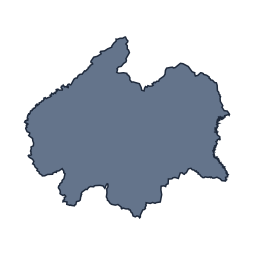 the district of La Convencion, Cusco, Peru, rotated 83°
{"feature_id": "86281439B48996208982152", "entity_name": "La Convencion", "entity_type": "district", "adm_level": 2, "iso_a3": "PER", "parent_name": "Peru", "parent_adm1": "Cusco", "projection": "mercator", "projection_center": [-72.836, -12.335], "detail": "fine", "context": "isolated", "style": "filled", "palette": "slate", "viewbox_px": 256, "rotation_deg": 83, "n_neighbors": 0, "source": "geoboundaries", "source_scale": "gbopen_adm2", "svg_char_len": 5788}
<svg xmlns="http://www.w3.org/2000/svg" viewBox="0 0 256 256"><g transform="rotate(83 128 128)"><path d="M145.0,229.6L147.4,226.5L149.6,225.5L152.0,227.0L152.8,225.7L155.7,224.8L157.7,222.8L159.1,223.6L160.9,221.5L162.3,221.6L164.1,219.3L165.1,218.9L165.3,216.4L164.3,213.5L164.7,208.5L163.5,207.9L162.9,205.9L163.3,204.5L162.2,204.3L162.1,201.8L160.3,198.3L163.0,197.0L164.6,197.2L165.7,196.1L170.5,197.8L172.0,199.8L173.8,200.2L174.9,202.3L176.5,202.8L177.2,203.9L178.9,204.4L181.2,203.2L183.3,202.9L184.6,203.5L185.1,203.3L187.0,200.9L186.6,199.2L188.1,198.1L188.8,198.4L189.1,199.7L191.3,199.8L191.9,201.2L193.3,201.6L193.2,200.0L194.0,197.6L196.3,198.1L197.7,195.0L197.4,194.2L198.0,193.5L198.7,190.7L197.7,190.0L197.6,189.1L194.8,188.1L194.5,185.5L193.7,184.2L190.0,183.2L189.7,182.7L188.9,182.9L188.2,182.1L187.5,182.5L186.0,181.5L183.7,177.4L184.1,176.1L182.2,174.3L181.5,172.5L182.2,169.2L181.3,168.5L181.2,167.3L181.5,162.8L182.4,159.9L185.1,158.3L182.4,156.9L180.8,155.5L181.2,154.8L183.9,155.0L185.8,156.5L189.9,156.8L193.8,157.9L195.7,157.1L197.3,157.2L197.8,156.3L200.3,155.1L201.7,153.7L203.0,150.0L202.7,147.3L205.7,144.3L206.7,144.5L207.5,144.0L206.8,142.7L208.0,140.1L208.4,137.2L209.4,136.9L209.6,135.8L212.2,135.1L213.0,134.1L215.9,133.7L217.1,131.6L216.4,130.0L216.7,128.9L217.2,128.1L218.6,127.4L217.9,126.6L215.8,126.3L211.2,123.4L210.8,121.5L209.9,120.5L208.8,120.7L207.1,119.4L206.0,119.7L205.2,118.9L204.4,119.0L205.6,115.0L204.9,112.7L206.0,110.3L205.5,108.9L205.4,105.0L198.3,102.7L193.3,102.9L189.8,102.2L189.8,99.3L190.7,97.8L188.7,96.9L188.3,95.0L183.5,94.1L183.8,91.6L183.7,90.4L182.9,89.6L182.8,87.4L184.2,84.2L179.0,81.6L179.0,79.7L180.4,78.6L180.8,77.7L179.8,76.8L179.5,75.6L175.9,73.0L175.7,70.4L177.3,69.3L177.7,67.7L179.3,66.4L179.0,65.5L180.1,65.2L180.8,63.7L182.1,64.1L182.8,62.5L184.5,61.6L186.4,59.7L186.5,58.4L185.9,57.4L186.8,54.6L186.6,53.0L187.3,52.2L186.7,51.5L188.0,50.2L188.2,48.7L187.7,45.7L189.7,42.7L191.7,41.3L192.5,37.8L191.7,37.7L191.6,36.6L190.9,36.3L190.5,37.0L188.9,37.2L188.5,35.1L187.6,35.2L186.4,34.2L185.7,35.6L185.0,35.9L185.0,35.1L183.7,35.2L183.6,35.8L182.7,35.7L181.6,36.7L179.8,36.7L179.3,37.9L178.8,37.4L178.5,38.1L178.2,37.5L177.9,38.8L177.1,38.3L176.1,38.6L175.9,39.8L175.0,39.6L174.5,40.4L173.7,40.1L173.8,41.4L173.1,41.2L172.4,41.8L172.0,41.4L171.6,42.0L170.9,41.6L170.4,42.1L170.8,42.5L169.9,43.1L169.4,42.2L168.9,42.7L169.5,43.0L169.2,43.5L168.7,43.3L168.4,43.7L168.6,44.6L168.2,45.0L167.7,44.3L167.8,45.5L167.1,45.5L167.0,46.3L166.2,46.2L166.3,44.9L166.0,45.9L164.9,46.0L165.1,47.1L164.5,45.6L162.0,46.2L162.1,45.5L160.9,46.4L160.6,46.0L161.2,45.6L160.3,44.4L159.6,46.3L159.7,45.3L158.2,45.0L158.8,44.3L158.3,43.9L157.5,44.1L157.3,43.2L156.3,43.9L155.9,42.5L154.7,42.2L154.5,41.4L152.1,42.3L151.6,40.9L150.6,40.8L150.1,39.0L150.8,38.3L150.3,37.9L149.8,38.2L149.9,39.2L149.4,38.2L148.0,37.9L145.8,40.1L144.0,40.5L143.0,41.3L143.5,39.8L142.8,39.5L142.6,41.4L142.1,40.6L141.3,40.9L141.1,40.4L140.5,40.9L140.5,41.7L138.8,41.5L139.5,40.4L138.6,40.3L138.6,39.4L137.8,39.5L137.3,38.6L135.7,39.4L135.8,38.6L134.8,38.7L134.5,37.5L134.1,38.9L131.9,37.6L131.3,38.0L131.8,38.6L130.7,38.2L130.6,37.6L131.8,36.7L131.5,36.1L129.7,37.2L129.2,36.4L128.1,36.8L127.9,36.3L129.1,35.8L128.3,34.9L129.7,34.5L130.0,35.7L130.7,34.3L128.7,34.0L128.9,33.0L130.5,32.8L129.6,31.4L128.6,31.1L128.7,30.3L127.6,30.5L126.9,26.7L127.7,26.1L126.8,25.6L123.3,27.4L122.5,30.4L118.9,32.2L117.4,31.2L113.0,33.1L109.7,33.0L108.1,32.3L107.5,33.0L106.4,32.7L105.7,33.5L103.6,33.6L101.9,34.7L96.5,34.3L93.9,34.8L93.4,36.5L91.0,38.2L90.3,40.1L89.0,40.5L88.4,41.4L87.3,41.2L85.2,43.6L84.0,46.5L83.1,46.7L82.3,48.0L82.0,49.2L84.3,52.3L84.6,54.8L82.3,55.3L81.3,55.0L80.0,57.5L74.3,60.7L70.9,65.6L70.2,68.1L73.8,73.8L73.9,75.7L73.1,76.3L73.0,78.1L73.3,82.4L75.3,83.8L79.2,84.7L81.0,86.2L83.5,90.9L85.4,91.9L85.1,93.7L86.4,95.6L85.8,96.2L85.9,97.0L86.8,97.6L87.2,98.7L88.6,97.8L89.3,99.2L89.2,101.4L88.4,103.1L89.9,104.2L89.0,105.5L90.5,106.7L93.1,107.5L92.2,109.8L89.4,110.0L85.4,111.3L82.9,117.3L82.9,118.8L80.4,120.3L78.3,120.0L75.9,121.0L74.9,122.3L73.6,122.5L72.6,125.8L72.5,130.6L71.4,132.4L68.8,131.3L68.0,131.8L66.2,130.0L66.0,127.2L63.4,124.5L62.1,121.9L60.5,121.3L59.0,121.6L53.4,117.4L50.7,118.0L49.6,119.1L46.1,118.7L44.4,119.9L42.4,117.7L41.2,117.6L40.2,118.6L37.4,119.4L37.4,120.3L38.3,122.4L38.0,125.1L38.7,127.9L38.3,129.0L40.3,129.2L42.1,131.8L44.6,134.0L45.8,134.3L47.0,138.6L48.6,141.8L48.6,145.8L49.5,146.4L50.5,145.6L51.3,145.9L53.1,149.8L53.5,153.4L57.3,156.7L58.5,156.7L59.2,155.5L60.2,155.3L61.3,158.0L62.5,158.5L63.0,160.0L63.9,160.0L66.3,163.2L66.0,164.2L69.0,167.0L68.9,169.1L69.9,171.0L72.2,172.4L72.1,174.1L72.9,175.6L78.1,179.3L78.2,180.0L77.2,181.1L77.5,182.3L78.4,182.9L79.8,182.2L80.6,182.4L80.1,183.6L79.3,184.1L79.5,185.9L77.5,187.1L78.3,187.7L78.4,188.9L79.8,189.5L81.3,188.4L82.3,188.6L82.1,191.6L80.9,192.8L81.1,194.6L81.7,194.6L82.1,193.6L83.3,194.6L83.6,195.8L84.7,195.8L84.2,197.0L85.2,198.1L84.2,199.5L85.7,200.3L86.0,201.3L87.0,200.4L87.8,201.8L88.3,204.4L88.9,205.1L88.7,205.9L87.8,206.4L88.2,207.9L89.1,207.7L90.7,209.1L90.7,210.3L91.7,211.0L92.3,213.1L93.4,213.2L93.9,214.0L93.3,215.1L94.4,215.2L93.7,216.1L94.4,217.0L95.4,216.8L97.0,218.3L96.9,219.4L97.7,219.8L97.8,220.7L98.9,221.0L99.2,222.6L101.6,223.6L101.7,224.6L102.4,224.4L102.5,225.4L103.7,226.1L105.9,226.8L106.5,226.2L108.1,226.6L107.7,227.4L108.4,228.0L108.2,228.9L109.6,229.9L110.7,228.5L111.5,228.3L111.3,227.3L111.9,226.8L113.5,228.8L114.9,228.3L115.5,229.5L116.1,229.6L119.3,228.6L120.8,226.2L121.9,226.3L123.4,227.5L126.8,224.0L129.0,224.1L131.4,223.5L134.1,224.1L135.1,226.6L136.7,226.5L139.1,227.6L139.9,227.1L141.1,227.5L142.8,227.1L143.2,228.2L142.8,229.6L143.4,230.4L145.0,229.6Z" fill="#64748b" stroke="#1e293b" stroke-width="1.5"/></g></svg>